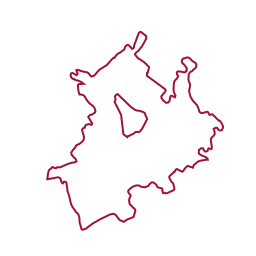 the district of Damanhur, Al Buhayrah, Egypt, rotated 344°
{"feature_id": "37247803B72315750145926", "entity_name": "Damanhur", "entity_type": "district", "adm_level": 2, "iso_a3": "EGY", "parent_name": "Egypt", "parent_adm1": "Al Buhayrah", "projection": "natural_earth1", "projection_center": [30.469, 31.031], "detail": "fine", "context": "isolated", "style": "outline", "palette": "rose", "viewbox_px": 256, "rotation_deg": 344, "n_neighbors": 0, "source": "geoboundaries", "source_scale": "gbopen_adm2", "svg_char_len": 5837}
<svg xmlns="http://www.w3.org/2000/svg" viewBox="0 0 256 256"><g transform="rotate(344 128 128)"><path d="M36.3,155.0L47.3,156.1L49.0,157.6L49.2,159.1L49.0,160.4L49.4,162.5L50.0,163.3L51.1,162.7L51.5,162.0L52.2,162.1L53.5,162.8L53.7,164.0L52.9,170.0L52.4,171.7L52.7,175.3L52.6,180.3L52.4,182.0L52.3,185.0L52.6,187.6L54.3,192.7L54.7,194.0L55.0,194.8L56.0,196.0L56.4,197.0L56.6,200.3L56.1,202.8L55.4,205.4L55.5,209.1L55.4,212.3L56.2,213.3L59.8,213.1L67.8,210.1L76.8,207.9L86.9,206.2L90.1,206.3L92.1,207.9L94.5,214.0L97.9,217.0L101.8,215.8L108.8,215.1L111.8,210.4L112.3,209.3L112.4,208.5L111.8,206.9L111.0,206.2L109.5,203.0L108.7,201.9L108.7,201.3L109.0,198.1L109.9,196.1L110.7,195.4L112.0,193.6L111.8,192.6L111.1,191.7L110.6,189.9L110.9,188.3L112.9,187.1L115.5,186.1L116.9,185.7L119.5,185.5L121.4,185.8L122.9,186.4L124.2,187.9L125.5,188.7L126.9,189.2L127.5,189.6L131.5,189.3L133.0,188.0L135.7,186.8L137.2,187.2L137.9,188.0L138.8,189.1L139.7,190.7L139.8,192.2L140.3,193.3L143.9,195.4L144.2,196.0L143.7,198.0L143.8,200.2L144.9,200.2L145.4,200.7L146.1,201.2L147.7,201.4L154.9,200.3L155.3,200.0L155.5,199.7L156.0,198.6L156.1,194.4L156.0,193.4L155.4,192.5L154.3,189.5L154.0,187.0L154.1,186.4L154.6,185.8L156.7,184.6L158.2,184.0L159.6,183.2L160.5,183.0L160.4,182.7L161.4,182.2L162.7,181.1L163.7,180.9L166.4,183.5L167.4,184.4L168.1,184.9L169.1,184.7L170.6,183.3L172.7,181.9L174.4,181.0L175.3,181.0L176.4,182.0L178.0,182.9L179.5,184.0L180.3,182.6L181.4,181.6L183.0,181.0L184.8,180.0L186.5,179.5L188.4,179.4L189.5,179.5L194.5,180.0L195.9,180.5L196.1,179.3L194.8,177.6L193.3,176.2L191.4,174.9L189.4,172.7L189.1,171.9L190.1,168.6L192.7,167.7L194.5,168.1L194.7,169.7L195.1,171.0L195.8,172.0L197.3,172.1L198.3,171.9L198.8,170.9L199.8,169.8L202.4,171.3L203.1,170.1L203.5,168.8L204.0,163.6L204.5,161.8L205.1,160.9L205.6,160.4L207.6,159.4L209.1,158.4L209.8,157.4L210.1,156.3L210.1,154.4L210.0,153.2L210.1,152.4L212.1,152.0L213.0,152.1L213.7,152.5L214.6,154.8L215.0,155.4L216.3,155.9L217.7,155.8L218.7,154.8L219.6,153.5L219.7,151.6L219.2,148.6L218.2,146.4L217.6,145.7L217.2,145.8L212.9,138.0L212.1,138.1L211.1,137.9L209.9,137.8L209.7,136.1L209.1,134.6L208.4,134.2L204.2,134.2L202.6,133.9L201.5,132.8L201.1,131.4L201.1,130.6L201.1,128.1L200.6,125.0L198.0,119.9L197.6,118.7L197.3,117.3L196.8,115.9L196.7,113.3L196.9,109.3L198.6,106.0L199.8,103.1L199.4,100.9L199.4,98.2L201.1,93.4L202.0,92.3L203.3,91.3L205.5,90.9L206.8,90.0L208.8,89.3L209.7,88.6L210.3,87.9L210.7,87.3L210.9,86.5L211.1,86.3L211.1,85.0L210.9,84.3L210.5,83.6L209.5,82.8L208.0,80.8L207.5,79.7L206.3,77.6L205.5,76.9L204.1,76.4L201.6,76.6L200.0,76.5L199.5,76.8L198.5,77.8L198.2,78.5L198.1,79.6L198.2,80.9L199.2,82.1L199.7,83.2L200.8,86.1L200.9,87.2L200.5,88.0L200.0,89.2L199.7,89.0L199.2,89.8L197.9,90.1L197.4,90.0L195.2,88.9L194.7,88.5L192.1,87.5L191.5,87.4L190.3,87.8L189.9,89.9L190.5,92.0L188.9,93.8L186.5,95.1L185.1,96.4L184.3,98.0L182.5,103.2L181.9,105.9L182.3,108.1L182.6,110.0L181.6,111.4L180.4,110.4L179.5,109.4L178.3,108.8L177.4,109.4L177.0,110.3L176.4,111.2L176.2,111.8L175.8,112.7L175.5,113.1L175.1,113.5L174.9,114.0L173.5,114.6L171.5,114.3L170.1,112.1L169.3,111.1L168.5,108.4L168.7,106.7L170.2,105.8L171.7,104.7L172.1,104.5L174.2,102.8L174.6,101.8L174.6,101.5L174.3,100.7L173.8,100.2L162.0,84.8L161.0,83.8L160.5,82.9L161.2,81.3L161.5,80.3L162.0,80.5L164.0,77.3L165.1,75.3L163.4,72.3L162.4,70.4L161.8,69.5L159.3,66.3L156.6,63.4L156.5,62.7L155.7,61.2L155.2,59.9L155.0,59.0L156.8,57.6L159.4,56.6L162.5,54.3L163.9,53.5L164.9,52.3L166.5,50.9L168.9,48.3L170.1,47.3L170.2,46.3L170.9,44.8L167.2,39.5L166.3,39.0L164.6,39.6L156.7,50.3L156.2,51.2L156.0,52.1L155.3,52.7L154.2,53.2L153.8,53.2L153.4,52.4L153.0,51.1L152.3,50.3L152.0,49.4L151.0,48.2L150.0,48.0L148.5,48.6L147.9,49.0L145.8,51.7L143.6,52.3L142.1,53.0L140.4,53.5L139.7,53.5L139.0,53.9L137.6,54.3L136.0,55.4L135.1,56.2L134.5,56.3L134.3,56.8L133.9,56.5L132.5,56.9L124.9,61.7L117.3,63.9L116.1,64.4L110.0,68.3L107.0,68.4L106.6,67.9L106.2,67.2L105.3,64.8L104.8,64.1L104.2,63.4L103.8,63.1L100.4,61.4L99.8,60.9L98.4,60.2L96.2,58.5L95.1,58.1L94.4,58.0L94.2,58.5L94.4,60.4L94.7,61.3L94.2,62.4L93.1,63.0L92.7,62.8L91.5,61.4L90.5,60.4L89.5,59.7L89.1,59.8L88.1,60.0L87.6,61.0L87.2,62.7L87.8,64.6L89.0,66.0L89.4,65.9L89.8,66.4L91.3,67.8L92.5,68.3L94.7,69.9L95.4,70.7L96.2,71.3L96.7,72.0L97.1,72.8L97.5,73.3L92.7,72.2L91.6,73.1L90.8,77.2L90.5,79.8L90.6,82.4L91.4,82.7L92.1,82.8L92.5,83.2L93.5,83.6L94.6,84.8L95.2,86.0L95.5,87.6L96.0,89.4L96.9,91.8L97.8,93.6L100.5,97.4L101.2,99.0L101.4,100.6L101.4,102.3L101.3,103.0L100.4,104.1L98.4,104.7L97.0,105.2L95.6,105.0L95.1,105.0L92.9,106.3L92.8,106.7L93.2,107.7L93.5,108.7L93.6,109.1L94.1,111.1L94.3,112.5L94.7,113.0L94.6,114.4L93.2,114.8L91.8,113.6L91.3,113.4L90.0,113.5L88.8,113.3L87.9,113.8L87.0,114.8L86.7,115.7L86.4,115.6L85.9,115.6L84.0,116.3L83.5,116.8L83.2,119.8L83.3,123.0L83.2,123.4L83.3,124.0L83.0,124.5L83.0,125.2L82.9,125.6L81.8,127.4L79.8,128.7L78.0,129.5L76.2,130.0L73.7,130.3L73.3,130.7L73.0,130.8L72.6,131.4L71.5,132.5L71.3,132.5L69.0,134.0L68.0,134.9L67.3,135.4L66.6,136.1L66.5,137.4L66.6,138.2L66.5,138.6L67.1,139.3L67.4,140.5L68.0,141.6L68.9,142.8L69.2,144.0L69.3,145.9L68.0,146.2L66.8,146.3L64.3,145.9L59.9,146.0L57.5,146.4L55.6,146.5L54.0,146.9L51.8,147.1L49.1,146.2L48.5,146.4L47.6,146.9L44.5,144.7L43.0,145.6L40.8,146.6L40.2,147.1L39.5,148.1L38.5,149.9L36.3,155.0ZM140.4,133.3L138.3,134.7L137.3,134.9L136.6,134.7L135.3,134.1L134.7,134.0L133.6,134.1L132.6,134.7L131.1,135.2L129.9,135.2L126.8,135.9L125.9,135.7L125.2,136.1L124.8,136.6L122.0,132.9L121.9,132.3L125.0,113.4L122.3,99.2L123.7,97.6L124.1,96.2L124.0,95.6L124.1,94.3L124.2,94.0L125.0,93.3L126.6,92.6L127.3,92.5L136.8,108.9L138.9,111.5L140.4,113.1L141.6,113.8L142.9,114.2L146.7,116.5L147.5,117.5L148.2,118.1L148.4,121.6L148.7,122.6L148.8,124.8L141.2,132.8L140.4,133.3Z" fill="none" stroke="#9f1239" stroke-width="2"/></g></svg>